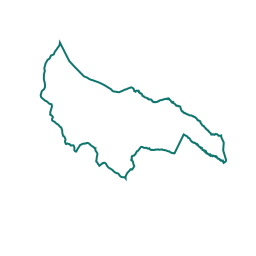 San Antonio, Jujuy, Argentina (Robinson projection), rotated 26°
{"feature_id": "61730980B57262290665163", "entity_name": "San Antonio", "entity_type": "district", "adm_level": 2, "iso_a3": "ARG", "parent_name": "Argentina", "parent_adm1": "Jujuy", "projection": "robinson", "projection_center": [-65.302, -24.356], "detail": "fine", "context": "isolated", "style": "outline", "palette": "teal", "viewbox_px": 256, "rotation_deg": 26, "n_neighbors": 0, "source": "geoboundaries", "source_scale": "gbopen_adm2", "svg_char_len": 5826}
<svg xmlns="http://www.w3.org/2000/svg" viewBox="0 0 256 256"><g transform="rotate(26 128 128)"><path d="M229.3,117.4L230.4,115.4L230.4,114.5L230.2,113.8L223.3,106.3L220.7,99.7L220.3,99.0L215.8,95.3L215.0,93.9L214.2,94.6L213.8,94.7L213.6,94.9L212.9,95.2L212.7,95.3L212.0,94.8L210.9,94.6L210.3,94.7L210.0,94.9L209.5,94.8L209.0,95.2L208.9,95.9L208.8,96.1L207.7,96.5L207.2,96.4L207.1,96.7L206.6,96.7L206.2,97.2L205.5,97.4L204.6,96.4L203.1,96.2L202.6,96.0L202.3,95.6L201.7,95.6L201.1,95.1L200.5,95.2L198.8,94.5L198.2,94.6L197.8,94.1L197.1,93.9L196.6,93.9L195.4,93.0L194.8,93.2L194.3,93.1L193.7,93.1L193.2,92.7L192.4,92.4L191.8,91.8L191.3,91.8L191.0,91.5L190.8,91.4L190.0,90.3L189.4,90.4L188.9,90.2L188.3,90.5L187.5,90.5L187.2,90.2L187.0,90.3L186.4,90.1L185.4,89.3L184.3,89.2L183.2,88.8L182.7,89.1L182.0,88.9L181.5,89.1L181.0,88.8L179.7,89.1L179.3,89.0L178.2,89.5L177.4,89.7L176.7,89.6L175.8,89.5L175.3,89.8L174.9,89.7L174.5,89.8L173.9,89.8L173.4,89.6L173.1,89.7L172.5,89.5L172.1,89.9L171.5,89.9L170.9,89.5L169.7,89.4L169.6,89.1L169.0,89.2L168.5,89.0L168.1,88.5L167.1,87.7L166.2,86.5L165.5,85.9L164.8,85.8L163.8,86.4L163.1,86.1L162.5,86.3L162.0,86.8L161.7,86.8L161.5,86.5L161.0,86.6L160.3,86.1L158.6,85.7L156.9,85.8L156.9,85.2L156.5,85.5L156.1,85.4L155.7,85.4L155.7,85.2L155.4,85.3L154.1,84.6L152.5,84.1L152.2,83.7L151.9,83.7L152.0,84.1L151.2,83.9L151.3,84.5L150.3,85.0L149.3,85.0L148.9,85.6L147.8,86.2L147.1,87.2L146.3,87.7L146.2,88.1L144.9,88.8L144.3,89.5L144.2,89.9L143.6,90.4L143.5,90.8L143.2,91.0L143.1,91.3L142.6,91.9L141.3,92.8L141.1,92.7L140.7,93.1L140.1,93.1L139.5,93.6L139.1,93.4L138.7,93.4L138.3,93.1L138.0,93.2L137.5,92.7L136.0,92.3L135.6,92.6L134.3,93.2L133.5,92.6L133.2,92.7L132.8,93.1L131.8,92.7L129.2,93.1L128.3,92.6L127.9,92.7L126.7,92.7L126.2,91.9L125.2,91.3L124.8,91.2L124.0,91.6L123.5,91.4L123.2,91.0L122.2,91.1L121.6,90.1L121.2,89.8L120.6,90.3L119.4,90.6L119.0,91.1L118.9,92.1L118.7,92.1L118.1,91.9L117.5,92.0L117.3,92.0L117.1,91.4L116.1,90.5L114.5,89.9L113.0,90.1L110.6,92.6L109.7,93.8L107.9,95.3L107.4,96.2L104.5,99.6L103.7,100.0L98.7,101.5L97.9,101.5L95.7,100.6L87.6,99.8L82.3,99.8L75.7,100.5L73.5,100.9L71.2,100.9L69.1,100.6L65.8,100.9L53.4,96.5L45.9,93.6L29.4,81.1L29.8,82.3L30.1,83.6L30.1,84.6L29.6,86.7L29.5,88.1L28.8,91.5L29.0,94.4L27.0,96.7L27.1,99.3L27.0,100.2L25.9,101.9L25.7,104.0L25.6,106.2L26.1,108.2L26.2,109.3L26.5,110.5L26.8,111.4L28.2,113.1L28.9,116.5L30.8,120.7L32.1,122.5L33.3,123.7L35.0,126.5L35.5,128.0L35.5,130.1L34.6,131.9L34.5,132.5L34.5,133.9L34.9,135.1L34.9,136.0L35.4,137.2L36.6,138.5L38.9,139.1L41.7,139.8L43.5,139.7L46.4,140.6L47.4,140.6L48.1,140.3L48.9,140.2L50.2,141.9L51.2,147.9L51.8,148.7L52.1,150.0L52.8,150.3L53.6,150.1L54.7,150.5L55.7,151.1L55.8,151.6L55.8,153.3L56.6,154.5L59.6,154.7L61.9,155.5L62.7,155.4L64.2,155.7L66.3,156.7L67.4,156.7L68.3,157.3L68.7,157.9L69.7,158.7L71.4,161.6L73.3,163.6L74.5,163.6L76.5,165.3L77.0,165.9L77.1,167.2L77.5,168.0L78.9,169.5L79.6,169.5L80.1,168.6L82.5,168.2L83.2,168.2L84.0,168.8L84.4,168.8L85.9,167.8L86.5,167.5L86.8,167.6L87.8,168.4L88.7,169.6L89.3,171.2L90.0,171.8L90.9,172.1L91.4,172.1L91.8,171.8L91.9,168.9L92.5,164.1L93.1,163.7L93.7,162.6L95.2,161.3L95.8,161.2L96.2,160.6L97.1,160.3L97.7,159.3L98.9,159.0L99.9,159.1L102.8,160.0L105.9,160.3L106.4,160.7L107.6,160.4L107.9,161.6L108.8,162.6L110.0,163.2L111.4,164.1L111.8,164.6L112.1,165.3L112.6,167.5L113.7,170.6L113.8,171.3L114.1,172.0L115.7,172.5L116.5,173.3L118.0,173.9L118.8,174.5L120.1,171.9L120.4,170.9L121.2,170.5L121.5,169.8L122.2,169.5L122.9,169.5L124.2,170.0L125.8,171.2L127.7,172.1L132.3,172.5L134.4,173.3L136.2,173.6L137.5,173.6L138.6,173.2L139.6,173.4L142.1,174.7L143.3,174.9L144.2,174.8L146.2,173.9L147.1,173.9L147.9,174.3L147.1,172.8L147.0,169.0L148.2,165.2L148.4,163.9L148.7,163.7L149.7,163.7L150.0,163.3L150.4,159.7L150.2,159.4L149.0,158.4L146.9,155.8L145.3,155.6L144.9,155.4L144.8,154.9L145.1,154.6L145.1,154.1L144.1,152.7L144.1,152.2L143.9,151.8L144.0,151.4L145.8,149.8L145.7,149.0L146.1,148.2L146.2,145.1L146.5,144.8L147.1,143.7L147.9,139.6L148.1,139.2L149.0,138.8L151.0,138.8L151.9,138.6L152.2,138.2L153.5,137.6L154.1,137.9L155.1,137.8L155.9,137.2L156.0,136.9L156.3,137.0L156.6,137.4L157.4,137.6L157.9,137.7L158.8,137.4L159.0,137.1L159.7,137.0L160.0,136.7L160.9,136.5L161.5,136.1L162.0,135.4L163.3,134.9L164.2,134.1L164.9,134.1L165.4,133.8L165.9,133.7L168.0,132.3L169.0,132.4L170.3,131.9L170.8,131.9L171.3,131.6L172.1,131.4L172.9,131.5L174.5,131.3L175.2,130.9L176.8,131.3L177.6,131.1L178.3,131.2L179.1,131.0L179.3,130.8L180.6,130.6L180.9,130.4L180.9,109.4L183.7,109.6L185.0,109.6L185.4,109.7L186.3,110.5L187.3,110.3L187.8,110.4L189.1,111.1L190.0,111.9L191.1,112.2L191.8,112.2L191.9,112.4L192.5,112.5L193.2,112.4L193.5,112.2L194.0,112.4L194.3,112.1L195.1,112.1L195.9,112.3L196.3,112.2L196.7,112.6L197.0,112.4L197.1,112.5L197.3,112.4L197.7,112.8L198.0,112.7L198.0,112.4L198.7,112.7L199.0,113.2L200.1,113.6L200.6,113.7L201.2,113.5L201.7,113.5L202.1,114.1L202.3,113.8L202.8,113.6L202.8,113.8L203.2,114.1L204.1,114.4L204.4,114.6L204.5,115.0L204.9,115.1L205.1,115.0L205.0,114.9L205.2,114.7L206.1,114.8L206.4,115.1L206.7,114.6L207.0,114.5L207.6,114.8L207.9,114.6L208.1,114.7L208.2,115.5L208.7,115.2L209.3,116.2L209.7,115.9L210.1,115.9L210.5,116.3L211.1,116.1L211.4,116.4L212.1,116.2L212.7,116.5L212.9,116.2L213.1,116.5L213.4,116.3L214.0,116.8L214.2,116.7L214.2,116.4L214.7,116.8L215.2,116.2L215.1,115.9L215.6,115.8L216.3,116.2L216.4,115.9L216.9,115.5L217.1,115.6L217.3,115.3L218.3,115.4L218.7,115.0L219.3,115.4L219.6,115.1L219.8,115.5L220.6,115.2L221.7,116.1L222.4,116.1L222.7,115.8L223.8,116.1L224.0,115.9L224.5,116.4L225.1,116.2L225.4,116.3L225.6,116.5L225.9,116.2L226.4,116.4L226.6,116.1L227.1,115.9L227.1,116.3L227.6,116.3L227.8,116.0L228.1,116.2L228.2,116.6L229.0,116.6L229.0,116.8L228.9,117.1L229.3,117.4Z" fill="none" stroke="#0f766e" stroke-width="2"/></g></svg>